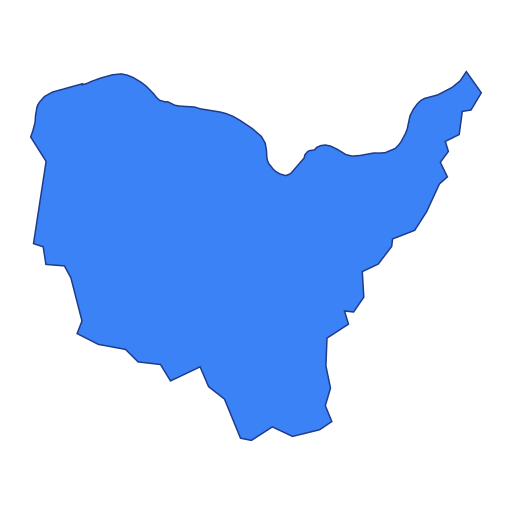 outline of Lewis, Kentucky, United States of America
{"feature_id": "52423323B16414182815509", "entity_name": "Lewis", "entity_type": "district", "adm_level": 2, "iso_a3": "USA", "parent_name": "United States of America", "parent_adm1": "Kentucky", "projection": "equal_earth", "projection_center": [-83.329, 38.513], "detail": "fine", "context": "isolated", "style": "filled", "palette": "blue", "viewbox_px": 512, "rotation_deg": 0, "n_neighbors": 0, "source": "geoboundaries", "source_scale": "gbopen_adm2", "svg_char_len": 1553}
<svg xmlns="http://www.w3.org/2000/svg" viewBox="0 0 512 512"><path d="M170.5,380.9L200.1,366.8L208.6,386.7L224.5,399.1L240.5,438.2L251.4,440.4L272.3,426.9L292.5,436.4L319.7,429.7L331.8,421.5L325.3,405.7L330.5,388.1L325.9,365.9L327.0,338.1L348.5,324.1L344.5,311.0L353.6,312.0L363.8,297.1L362.3,271.6L378.3,264.0L391.7,246.4L392.6,238.9L414.7,230.3L426.6,211.7L439.5,183.8L447.4,176.9L440.3,162.3L448.4,151.4L445.3,141.4L459.2,134.5L462.3,111.4L471.0,110.0L481.3,92.8L466.3,71.6L460.2,80.8L452.1,87.4L437.7,94.9L424.3,98.5L420.9,100.5L417.3,103.9L413.4,109.2L410.0,115.8L407.2,129.1L405.3,133.9L400.9,142.0L398.4,145.3L395.3,148.4L385.1,152.7L379.4,153.1L373.7,153.0L360.1,155.5L352.1,156.1L345.9,154.6L337.1,149.2L330.4,146.0L325.2,145.0L320.8,145.6L316.8,147.3L314.3,150.0L309.6,150.6L307.5,151.7L304.9,154.8L304.2,157.9L291.2,173.0L289.5,174.2L285.6,175.6L280.0,174.0L275.7,171.5L273.1,169.1L268.7,163.5L267.5,160.6L266.8,157.0L266.5,150.6L265.2,143.1L261.4,136.5L252.4,128.7L240.5,120.7L233.1,116.4L226.1,113.6L220.0,112.0L200.2,108.8L194.3,107.0L179.7,106.1L174.9,105.3L167.6,101.7L165.6,102.0L159.6,100.3L156.7,97.7L153.6,93.8L146.3,86.3L141.3,82.4L133.3,77.6L127.4,75.2L121.3,73.9L112.4,74.8L100.8,78.0L91.7,81.3L86.4,83.7L82.1,84.7L82.3,83.8L52.6,92.0L44.5,96.5L39.4,102.3L37.8,104.9L36.9,107.4L35.5,115.8L35.1,122.2L32.8,131.0L30.7,137.0L46.1,161.4L33.5,243.6L43.2,246.8L45.9,264.4L64.4,265.9L70.9,277.8L82.0,321.0L77.1,333.6L98.4,344.4L125.5,349.4L138.1,361.9L160.5,364.5L170.5,380.9Z" fill="#3b82f6" stroke="#1e3a8a" stroke-width="1.5"/></svg>